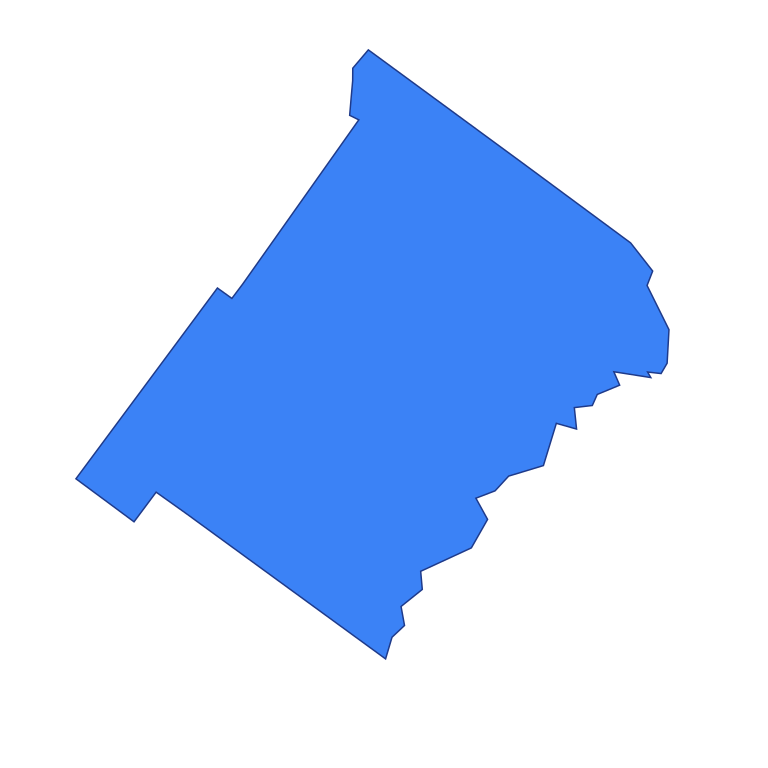 the district of Jackson, Indiana, United States of America, rotated 307°
{"feature_id": "52423323B62706448610818", "entity_name": "Jackson", "entity_type": "district", "adm_level": 2, "iso_a3": "USA", "parent_name": "United States of America", "parent_adm1": "Indiana", "projection": "natural_earth1", "projection_center": [-86.009, 38.897], "detail": "fine", "context": "isolated", "style": "filled", "palette": "blue", "viewbox_px": 768, "rotation_deg": 307, "n_neighbors": 0, "source": "geoboundaries", "source_scale": "gbopen_adm2", "svg_char_len": 687}
<svg xmlns="http://www.w3.org/2000/svg" viewBox="0 0 768 768"><g transform="rotate(307 384 384)"><path d="M360.4,193.2L122.9,195.0L123.5,267.3L160.5,267.1L161.5,304.4L165.4,550.7L186.6,542.8L203.5,545.7L216.6,531.5L243.0,538.2L256.5,526.0L305.7,552.4L338.2,548.2L348.1,526.1L365.5,537.0L385.5,539.0L414.8,560.4L456.3,545.3L463.9,564.9L479.7,550.2L492.2,563.3L504.0,560.6L524.9,572.9L532.1,560.2L549.7,593.2L552.2,587.3L559.1,599.0L571.0,597.6L598.9,578.9L621.0,534.8L635.9,530.6L645.1,496.1L643.9,366.9L643.0,293.6L641.4,170.4L617.4,169.0L607.3,176.5L593.0,185.4L577.9,194.9L579.8,204.9L378.9,211.0L360.8,211.0L360.4,193.2Z" fill="#3b82f6" stroke="#1e3a8a" stroke-width="1.5"/></g></svg>